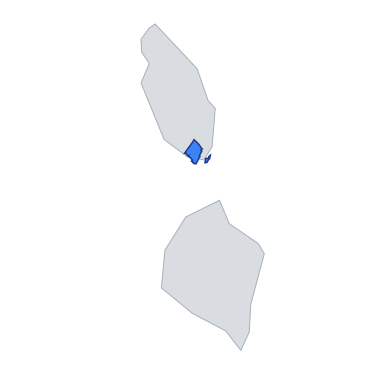 location of Aana Alofi III, Aiga-i-le-Tai, Samoa, rotated 227°
{"feature_id": "51752279B31519013517302", "entity_name": "Aana Alofi III", "entity_type": "district", "adm_level": 2, "iso_a3": "WSM", "parent_name": "Samoa", "parent_adm1": "Aiga-i-le-Tai", "projection": "equal_earth", "projection_center": [-172.012, -13.853], "detail": "fine", "context": "in_parent", "style": "filled", "palette": "blue", "viewbox_px": 384, "rotation_deg": 227, "n_neighbors": 0, "source": "geoboundaries", "source_scale": "gbopen_adm2", "svg_char_len": 3326}
<svg xmlns="http://www.w3.org/2000/svg" viewBox="0 0 384 384"><g transform="rotate(227 192 192)"><path d="M142.8,104.2L167.9,132.6L178.0,170.4L167.2,206.5L143.4,197.6L109.0,205.3L97.5,202.7L69.8,158.4L50.6,138.4L42.9,119.7L67.3,121.9L103.0,109.5L142.8,104.2ZM340.1,279.6L278.6,279.8L248.2,266.2L237.4,266.1L211.4,237.5L207.4,222.5L221.1,212.6L249.5,207.4L306.5,229.1L315.1,248.4L328.3,250.5L338.5,258.8L341.1,272.4L340.1,279.6Z" fill="#d9dde1" stroke="#a8b0b8" stroke-width="1"/><path d="M225.4,213.0L225.2,213.3L224.9,213.4L224.8,213.5L224.3,213.6L224.1,213.8L224.1,214.0L223.8,213.8L223.8,213.7L223.7,213.7L223.3,213.7L223.2,213.7L222.8,213.7L222.7,213.7L222.4,213.6L222.2,213.8L221.7,213.7L221.4,213.7L221.2,213.7L221.2,213.8L220.9,213.8L220.7,213.9L220.7,214.0L220.8,214.1L220.8,214.4L220.8,214.5L220.7,214.4L220.8,214.3L220.7,214.2L220.6,213.9L220.5,214.0L220.4,213.9L220.2,214.0L219.9,214.0L219.6,214.0L219.4,214.0L219.2,213.9L219.1,214.0L218.8,214.1L218.5,214.0L218.3,214.1L218.0,214.1L217.5,214.1L217.3,214.1L217.2,214.1L216.8,214.1L216.5,214.1L216.3,214.1L216.1,214.1L215.9,214.0L215.7,214.1L215.3,214.0L215.1,214.1L215.0,213.9L215.2,213.7L215.3,213.7L215.2,213.5L215.1,213.9L214.9,213.9L214.8,213.7L214.7,213.5L214.4,213.5L214.4,213.4L214.2,213.4L214.2,213.2L214.1,213.3L214.0,213.2L213.9,213.2L213.9,212.9L213.9,213.0L213.7,212.9L213.8,212.7L213.7,212.9L213.4,212.7L213.2,212.7L213.4,212.3L213.2,212.7L213.1,212.8L212.9,212.9L212.7,213.0L212.6,212.9L212.5,213.0L212.3,212.9L212.0,212.8L211.8,212.8L211.7,212.9L211.6,213.0L211.4,212.9L211.3,213.0L211.2,213.0L210.8,213.4L210.7,213.4L210.6,213.6L210.5,213.8L210.4,213.9L210.1,214.0L209.8,214.4L209.8,214.5L210.1,214.6L210.0,214.8L210.3,215.6L210.6,216.3L210.7,216.7L210.9,217.2L211.2,218.0L211.4,218.6L211.5,218.8L211.6,219.1L211.9,220.0L212.0,220.2L212.1,220.5L212.2,220.9L212.3,221.2L212.5,221.8L212.7,222.2L212.7,222.3L213.0,222.3L213.4,222.3L213.6,222.2L215.1,227.0L216.5,227.0L216.6,228.0L216.5,228.4L216.5,228.6L216.5,228.9L216.8,228.8L217.2,228.6L217.4,228.6L217.6,228.6L217.9,228.7L218.1,228.8L218.5,229.0L218.8,229.0L219.0,229.1L219.4,229.1L219.5,229.1L219.8,229.2L220.9,229.3L221.2,229.4L221.8,229.5L223.1,229.5L225.8,229.4L227.4,229.3L228.7,229.2L228.9,229.2L228.4,227.5L228.3,227.2L228.2,226.5L228.0,226.0L227.8,225.5L227.7,224.9L227.8,224.4L227.6,223.8L227.4,223.0L227.1,222.1L226.9,220.5L226.8,219.9L226.7,219.1L226.6,218.6L226.4,217.8L226.2,216.9L226.1,216.3L226.0,215.8L225.9,215.1L225.7,214.3L225.5,213.7L225.5,213.3L225.4,213.0ZM206.4,230.5L206.4,230.2L206.4,229.4L206.5,228.7L206.2,228.3L205.8,227.7L205.7,227.5L205.5,227.3L205.4,227.1L205.3,226.9L205.7,226.7L205.9,226.5L206.1,226.3L206.2,226.1L206.3,226.0L206.5,225.8L206.6,225.7L206.8,225.5L207.0,225.3L207.1,225.2L207.3,224.9L207.2,224.8L207.1,224.6L206.9,224.5L206.8,224.4L206.5,224.1L206.4,223.8L206.1,223.5L205.9,223.3L205.6,222.7L205.4,222.5L205.2,222.2L205.0,221.9L204.9,221.8L204.7,221.6L204.4,221.4L204.3,221.7L204.1,222.1L203.9,222.4L203.8,222.5L203.9,222.8L203.7,223.1L203.5,223.4L203.4,223.6L203.5,223.8L203.7,224.0L203.9,224.4L203.9,224.5L204.0,225.0L204.2,225.7L204.3,225.9L204.4,226.4L204.6,227.0L204.6,227.4L204.5,227.5L204.4,227.6L204.6,227.7L205.0,228.4L205.3,228.8L205.5,229.3L205.7,229.5L205.8,229.8L206.4,230.5Z" fill="#3b82f6" stroke="#1e3a8a" stroke-width="1.5"/></g></svg>